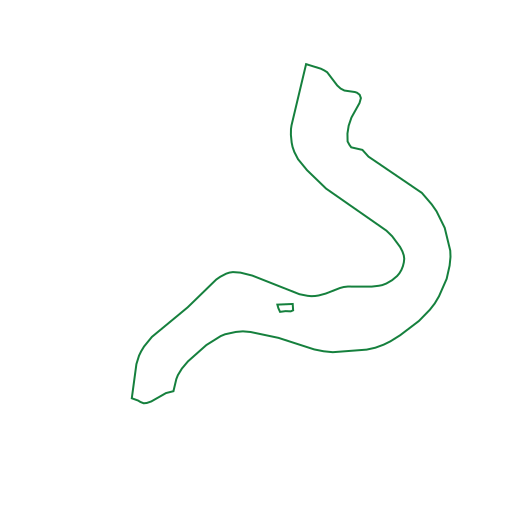 outline of Qina, rotated 60°
{"feature_id": "EGY-1551", "entity_name": "Qina", "entity_type": "Governorate", "adm_level": 1, "iso_a3": "EGY", "parent_name": "Egypt", "parent_adm1": "", "projection": "mercator", "projection_center": [32.546, 25.704], "detail": "fine", "context": "isolated", "style": "outline", "palette": "green", "viewbox_px": 512, "rotation_deg": 60, "n_neighbors": 0, "source": "natural_earth", "source_scale": "10m", "svg_char_len": 1531}
<svg xmlns="http://www.w3.org/2000/svg" viewBox="0 0 512 512"><g transform="rotate(60 256 256)"><path d="M168.2,85.6L171.7,86.2L175.3,89.9L183.8,104.1L189.5,110.6L195.7,115.6L202.6,119.4L206.5,119.5L209.5,119.2L217.3,110.8L226.2,108.9L284.3,80.8L299.2,78.0L307.6,77.3L326.0,78.5L348.5,85.1L354.0,88.0L361.1,93.1L371.1,102.3L382.4,117.7L386.5,125.0L389.5,132.4L393.7,147.3L396.7,170.8L397.1,182.3L396.6,189.8L395.1,198.5L392.4,207.0L377.7,237.6L372.3,245.1L366.0,252.3L338.1,277.5L319.1,298.7L314.7,305.0L311.7,311.4L308.3,322.0L307.7,326.6L308.3,343.5L313.2,367.5L316.4,376.4L320.1,383.2L322.7,386.5L331.8,395.1L329.7,402.5L329.6,419.4L328.7,424.0L327.4,426.9L324.6,429.1L322.2,430.4L317.1,434.7L289.8,413.6L283.8,407.1L281.1,403.1L278.4,398.2L274.0,386.6L266.3,340.9L256.5,302.2L256.1,297.3L256.4,290.6L257.1,287.3L258.4,284.0L262.6,277.8L271.1,269.0L310.8,237.5L316.3,231.2L318.5,228.1L320.2,224.8L321.5,221.5L323.4,214.4L325.7,199.3L326.7,195.6L328.3,191.9L340.4,171.0L343.2,164.5L344.3,161.3L345.0,156.9L345.0,150.3L343.9,143.8L342.7,140.5L340.8,137.1L338.3,133.9L335.5,131.2L332.5,129.0L329.3,127.7L325.2,126.9L320.2,126.7L307.0,128.2L299.2,130.4L232.7,161.6L207.2,168.9L193.2,171.2L185.1,170.8L179.8,169.8L175.6,168.4L168.5,165.2L163.5,162.2L160.6,159.9L114.9,116.7L126.2,106.2L129.4,104.1L132.4,102.5L148.9,100.4L153.3,99.0L156.9,96.7L163.5,88.3L165.1,86.9L168.2,85.6ZM316.4,263.1L318.5,258.0L321.3,253.6L321.6,251.0L315.9,248.2L308.8,261.8L312.3,262.7L316.4,263.1Z" fill="none" stroke="#15803d" stroke-width="2"/></g></svg>